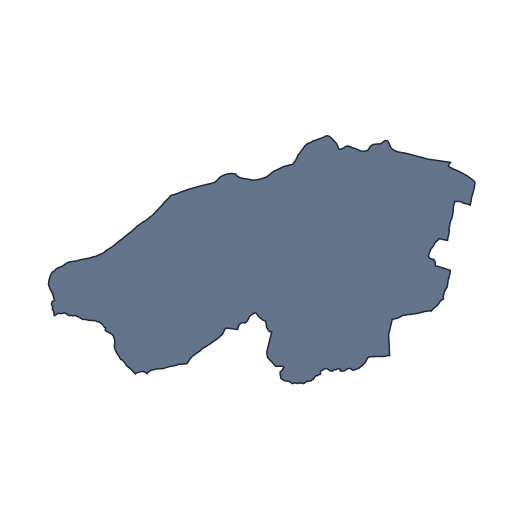 Makete, Njombe, United Republic of Tanzania (Albers equal-area conic projection), rotated 106°
{"feature_id": "72390352B51873582002434", "entity_name": "Makete", "entity_type": "district", "adm_level": 2, "iso_a3": "TZA", "parent_name": "United Republic of Tanzania", "parent_adm1": "Njombe", "projection": "albers", "projection_center": [34.157, -9.274], "detail": "fine", "context": "isolated", "style": "filled", "palette": "slate", "viewbox_px": 512, "rotation_deg": 106, "n_neighbors": 0, "source": "geoboundaries", "source_scale": "gbopen_adm2", "svg_char_len": 6019}
<svg xmlns="http://www.w3.org/2000/svg" viewBox="0 0 512 512"><g transform="rotate(106 256 256)"><path d="M229.6,359.0L233.1,360.3L236.5,362.2L244.7,366.4L246.1,367.2L247.8,368.7L252.2,371.6L253.4,373.0L255.1,374.5L260.5,378.7L264.6,381.1L265.0,381.3L265.2,381.6L267.1,382.7L268.5,383.7L269.5,384.7L272.1,386.3L272.8,387.0L273.9,387.8L275.3,388.5L277.0,389.7L278.2,390.8L284.1,394.8L286.9,396.9L292.4,401.9L293.0,402.2L295.0,403.4L300.4,409.8L301.9,412.6L303.9,415.5L307.8,423.4L308.7,425.0L310.0,426.6L312.0,431.4L312.9,433.2L313.4,433.7L313.7,434.5L314.4,435.3L315.0,435.8L315.8,436.8L318.1,438.4L319.6,440.0L321.3,442.1L322.1,443.2L322.8,443.9L323.8,444.7L325.3,445.3L327.6,447.3L329.7,447.9L331.3,448.2L333.3,448.3L336.0,448.3L338.0,448.1L340.0,447.8L341.6,447.0L344.9,444.5L347.1,442.2L349.0,440.7L354.4,437.4L354.8,437.7L355.6,438.7L356.0,439.5L358.2,439.4L358.8,439.3L361.0,437.4L361.4,437.2L361.8,437.2L362.7,437.4L363.2,437.2L364.9,435.4L366.7,434.4L367.8,434.0L368.9,433.4L367.3,431.8L365.7,430.5L365.3,428.3L364.6,426.2L363.3,423.9L364.4,421.3L364.8,418.9L363.8,417.1L364.1,416.0L363.7,414.5L362.7,412.8L363.5,411.4L363.5,409.6L364.2,406.8L364.8,405.4L364.2,403.6L363.9,400.9L364.0,398.8L363.3,396.8L363.1,395.0L362.4,392.8L362.9,390.7L362.6,388.5L364.4,384.2L366.1,382.3L366.5,380.7L368.8,380.6L369.6,379.3L370.0,378.3L369.9,377.1L370.4,375.9L370.3,375.1L370.6,374.0L371.1,373.0L371.2,372.5L371.7,371.7L373.1,370.4L375.0,369.1L375.6,368.8L376.6,368.6L377.9,367.9L379.4,367.6L381.3,367.5L381.9,367.3L382.4,367.2L384.4,365.8L386.6,364.1L387.4,363.3L388.9,361.6L389.4,360.9L392.8,357.5L392.6,356.3L394.0,353.7L395.6,351.9L396.9,350.6L398.2,347.9L399.0,345.3L401.1,342.1L402.7,339.5L401.4,338.7L400.7,337.7L399.3,335.5L398.8,334.6L398.4,333.5L398.1,331.6L398.6,329.8L399.2,328.4L398.5,328.4L394.8,325.5L391.6,319.6L390.0,314.5L386.5,309.4L384.4,305.2L383.1,302.5L381.4,300.5L380.7,298.7L379.7,295.2L379.0,293.8L378.3,292.6L372.6,290.9L371.6,290.2L370.1,289.7L369.5,289.2L369.1,288.8L368.4,288.4L367.5,287.5L366.4,286.9L363.3,284.1L358.3,280.9L357.3,279.5L346.0,270.1L344.4,269.3L343.0,268.2L342.0,267.7L340.8,266.7L335.5,265.9L333.6,265.0L332.3,258.1L332.0,254.1L331.6,253.5L326.9,253.3L325.0,252.2L323.5,250.0L323.3,247.9L321.9,246.9L318.3,245.8L316.5,245.8L313.8,244.1L311.3,241.8L310.7,240.4L312.3,238.2L312.7,238.0L314.2,235.4L315.7,231.9L316.0,228.8L317.6,228.0L321.7,226.1L324.1,223.6L324.9,222.0L324.7,220.0L345.1,219.2L347.5,218.3L348.9,217.7L350.7,216.4L352.3,213.8L353.6,211.3L354.8,209.6L356.6,206.6L354.6,200.3L354.8,199.3L355.0,198.7L355.7,198.4L356.6,199.1L358.1,199.0L360.8,200.9L363.2,200.1L366.9,198.2L368.0,194.1L367.5,190.9L367.5,189.3L367.9,187.9L368.7,185.8L367.0,183.5L367.3,182.1L367.1,180.9L366.6,180.5L366.0,178.8L366.1,177.9L365.4,177.4L365.4,176.1L365.6,175.0L365.2,174.6L362.4,172.8L362.3,171.4L361.9,171.0L360.7,168.5L358.8,167.6L358.7,166.9L355.6,165.9L354.5,165.4L354.1,163.8L353.0,163.2L352.3,162.0L352.0,161.6L351.1,161.6L349.2,162.3L348.0,161.3L347.3,160.2L346.2,159.5L345.3,158.7L344.7,156.6L345.2,154.8L345.9,153.3L345.9,152.5L345.6,150.7L344.4,150.3L343.9,149.6L343.4,147.9L342.3,147.0L341.3,144.3L343.1,143.4L343.2,142.2L342.7,141.4L342.5,140.2L342.2,139.6L339.6,137.4L338.2,135.1L338.4,133.4L339.2,131.4L338.6,130.3L335.5,126.2L331.7,123.4L327.9,121.5L323.5,120.7L321.7,119.5L321.0,117.2L319.0,111.5L318.0,107.5L317.1,104.5L315.6,102.5L314.9,100.1L295.1,106.8L279.1,107.6L279.3,106.9L278.4,105.9L276.9,103.1L275.2,100.8L274.8,100.7L274.3,100.1L273.9,99.9L272.0,97.3L271.8,96.0L271.7,95.6L271.0,95.1L270.5,94.3L270.1,93.3L270.1,92.5L269.9,91.8L268.9,90.5L268.3,88.4L267.6,87.3L267.1,85.9L266.0,83.7L262.5,78.0L262.0,76.5L261.4,75.5L260.9,74.2L260.8,72.9L260.9,72.6L257.9,71.1L253.6,68.1L250.0,66.7L248.8,66.6L246.5,64.8L246.3,64.8L245.7,64.0L244.6,64.3L243.4,64.9L237.8,65.0L235.2,64.4L234.8,64.1L233.1,63.7L231.0,63.9L228.8,64.2L227.9,64.4L226.2,64.6L224.1,64.5L223.2,64.5L221.2,64.7L219.7,64.6L217.8,65.0L216.8,65.1L216.4,65.2L216.2,65.5L216.2,67.5L215.9,72.7L216.0,73.8L215.8,76.0L216.0,80.9L211.8,82.3L211.3,84.1L210.8,84.3L210.3,84.2L210.5,87.1L210.1,88.5L208.6,90.3L202.0,90.0L198.8,88.8L197.3,88.1L194.1,87.6L191.7,86.3L190.5,85.3L188.8,84.8L188.6,80.1L188.3,77.6L188.3,76.2L187.0,76.4L181.5,76.7L177.5,77.4L177.5,78.0L175.0,78.0L169.4,78.7L167.0,78.3L165.4,78.2L161.4,78.4L158.7,78.8L153.4,80.0L151.5,79.8L148.6,79.8L147.3,74.2L148.0,71.4L148.0,69.0L147.6,67.5L148.1,64.2L146.1,64.3L142.8,64.5L140.4,65.0L138.4,64.8L130.4,64.9L129.5,65.1L125.3,65.6L124.3,66.2L122.9,69.3L120.7,75.3L118.7,84.1L118.3,86.7L118.2,89.1L117.8,90.9L117.4,93.4L116.8,95.4L116.5,95.8L114.5,95.6L112.4,94.8L115.5,117.6L115.9,139.9L116.8,148.3L116.3,152.3L115.6,154.5L114.7,156.3L110.6,159.5L109.3,160.8L109.3,163.5L110.1,164.4L112.9,166.3L114.0,167.6L115.1,170.9L116.5,174.3L117.8,175.3L118.6,176.2L122.5,177.3L123.4,177.7L124.0,178.1L124.7,179.3L124.9,179.9L125.0,179.9L125.4,180.3L125.7,181.1L125.9,182.4L126.1,184.3L125.3,190.3L125.4,191.2L125.4,192.7L125.3,192.9L125.0,194.8L125.0,196.4L124.9,196.7L125.0,196.7L125.0,198.0L125.2,199.0L126.9,200.8L128.4,201.8L129.0,202.5L129.3,203.1L129.3,203.3L129.3,203.2L130.5,204.8L130.3,205.8L128.9,207.0L127.6,207.9L126.0,209.4L125.7,209.5L125.0,210.6L121.9,216.0L121.7,216.1L120.8,218.6L120.7,220.2L121.1,221.3L121.6,222.2L121.8,222.2L124.9,225.9L126.5,228.2L127.9,230.1L129.8,233.1L131.3,234.2L133.6,237.2L135.8,238.9L138.8,240.2L139.8,240.3L141.7,241.3L145.4,242.4L146.8,243.2L147.9,243.6L150.0,243.7L152.0,244.1L154.1,244.6L156.2,245.5L157.6,245.8L158.1,246.6L159.3,248.9L161.0,251.6L162.0,253.6L168.8,261.2L169.3,262.1L169.6,262.2L171.7,263.9L174.1,265.3L175.1,266.2L176.2,266.9L176.8,267.4L178.7,269.8L180.4,272.4L182.2,275.5L183.3,277.8L184.0,280.1L184.5,286.4L185.1,291.0L184.9,294.0L184.1,296.6L183.4,297.5L182.8,298.0L183.4,302.5L184.9,305.8L187.1,309.2L189.6,312.0L196.2,315.6L198.1,318.3L203.3,327.5L210.3,338.9L213.1,342.9L219.4,351.4L221.3,354.6L224.6,356.0L229.6,359.0Z" fill="#64748b" stroke="#1e293b" stroke-width="1.5"/></g></svg>